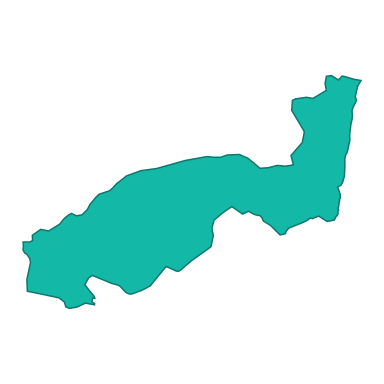 Numan, Adamawa, Nigeria (Robinson projection)
{"feature_id": "59680162B26521045145337", "entity_name": "Numan", "entity_type": "district", "adm_level": 2, "iso_a3": "NGA", "parent_name": "Nigeria", "parent_adm1": "Adamawa", "projection": "robinson", "projection_center": [11.846, 9.467], "detail": "fine", "context": "isolated", "style": "filled", "palette": "teal", "viewbox_px": 384, "rotation_deg": 0, "n_neighbors": 0, "source": "geoboundaries", "source_scale": "gbopen_adm2", "svg_char_len": 2113}
<svg xmlns="http://www.w3.org/2000/svg" viewBox="0 0 384 384"><path d="M94.5,304.8L94.6,303.6L91.9,301.7L92.6,298.1L94.8,298.3L94.2,296.4L92.0,293.7L88.3,289.2L84.8,284.7L88.6,277.9L90.8,276.3L92.6,275.5L111.4,283.3L118.6,285.3L120.8,287.0L125.9,292.5L129.7,294.1L131.6,294.0L141.5,290.5L150.2,285.9L166.1,266.5L175.7,270.8L176.9,271.2L178.3,271.2L179.8,270.7L191.9,260.4L210.8,246.9L211.2,246.0L213.3,235.5L213.2,234.9L211.9,228.5L214.0,220.2L221.5,213.9L224.6,211.5L231.9,206.6L242.6,214.1L248.5,211.3L254.5,214.5L257.7,215.3L260.1,215.7L262.0,217.8L263.4,221.1L265.6,222.4L270.6,225.5L280.0,234.9L285.3,233.8L286.3,231.2L288.8,228.1L302.8,222.5L307.2,220.4L310.2,218.0L310.9,218.3L312.4,218.6L318.7,216.1L327.2,221.5L334.4,220.0L335.5,217.4L337.6,214.9L338.1,213.5L338.0,212.8L337.8,211.2L338.2,210.8L338.7,210.1L338.1,208.7L338.1,207.6L338.7,206.6L339.0,203.2L339.2,202.6L339.4,201.8L339.6,200.9L339.6,200.1L339.3,199.5L339.6,199.3L339.9,198.9L340.3,198.1L340.3,197.1L340.2,195.8L340.2,194.4L339.7,192.7L338.7,190.2L337.7,186.8L340.9,185.3L342.5,182.7L344.4,176.1L344.9,166.3L344.8,159.5L345.4,155.6L347.3,151.9L348.1,148.3L349.9,140.1L349.7,134.7L350.9,124.5L352.1,119.0L352.5,115.7L352.0,110.8L352.9,107.8L356.5,100.4L355.5,97.5L355.3,96.6L357.6,86.3L361.0,80.5L354.2,79.3L343.3,76.2L341.9,76.2L338.5,80.0L331.5,75.6L326.4,76.3L325.1,83.4L326.3,90.4L312.9,98.4L306.4,97.3L295.4,98.9L292.4,100.4L291.7,110.4L297.9,120.7L304.1,131.2L304.2,132.6L302.3,142.5L291.0,155.5L293.4,164.9L285.4,166.2L277.4,165.4L268.3,167.7L260.1,168.3L247.9,158.2L239.2,154.5L227.2,155.0L220.6,157.3L214.3,157.3L206.9,156.6L185.1,160.5L174.2,163.6L156.7,168.5L140.8,170.7L126.7,175.8L116.7,183.6L112.6,188.1L109.7,190.7L99.2,194.2L96.5,196.6L90.1,204.3L87.2,209.7L81.9,214.9L76.4,215.8L71.4,213.4L67.9,215.5L64.2,218.6L59.7,224.1L48.6,231.0L40.7,229.4L32.3,235.3L32.6,240.6L29.7,242.0L23.1,242.0L23.4,245.7L23.0,249.8L24.5,252.8L27.0,254.4L29.8,258.7L30.5,262.7L26.9,279.3L27.3,291.2L40.8,294.0L58.8,297.8L64.3,301.9L65.9,306.9L69.5,308.4L77.2,307.0L85.5,303.1L94.5,304.8Z" fill="#14b8a6" stroke="#0f766e" stroke-width="1.5"/></svg>